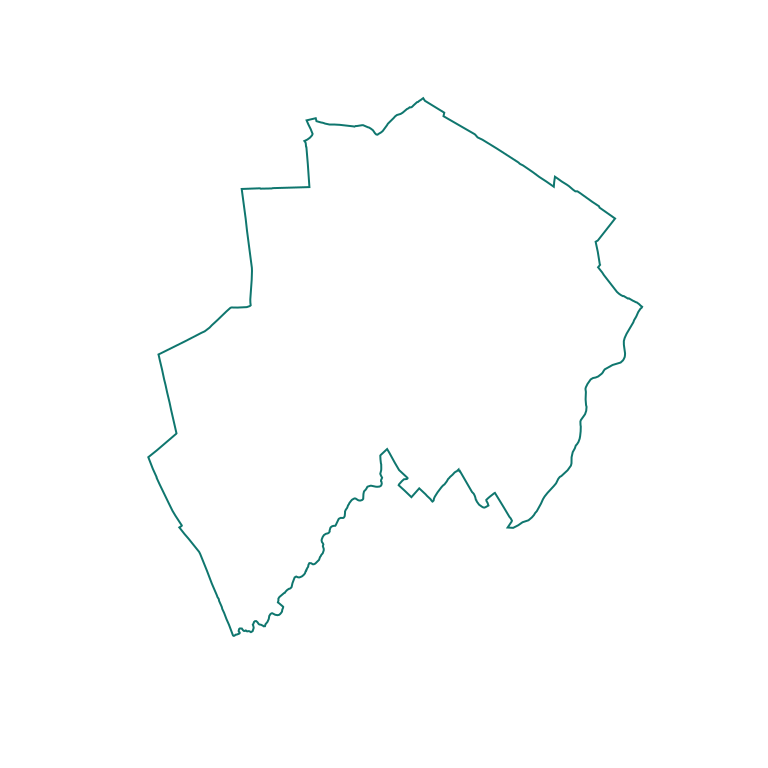 Ratesti, Arges, Romania, rotated 107°
{"feature_id": "2599482B71103807333255", "entity_name": "Ratesti", "entity_type": "district", "adm_level": 2, "iso_a3": "ROU", "parent_name": "Romania", "parent_adm1": "Arges", "projection": "equal_earth", "projection_center": [25.172, 44.71], "detail": "fine", "context": "isolated", "style": "outline", "palette": "teal", "viewbox_px": 768, "rotation_deg": 107, "n_neighbors": 0, "source": "geoboundaries", "source_scale": "gbopen_adm2", "svg_char_len": 6141}
<svg xmlns="http://www.w3.org/2000/svg" viewBox="0 0 768 768"><g transform="rotate(107 384 384)"><path d="M421.7,608.3L422.8,607.6L426.7,605.4L435.2,600.4L443.7,595.7L448.7,592.7L455.5,588.9L464.5,583.6L470.5,580.3L491.9,568.0L492.4,568.2L513.8,581.8L522.9,588.0L532.8,580.2L539.7,574.1L540.1,574.1L545.6,569.2L560.6,555.3L567.1,549.2L570.9,545.0L578.4,536.0L578.8,536.0L579.5,536.5L581.0,537.8L585.8,530.9L589.0,525.8L598.6,511.7L600.4,510.0L614.5,498.6L625.2,490.3L635.0,482.0L636.4,481.0L637.9,479.2L639.6,478.3L644.7,473.9L646.4,472.9L649.6,470.0L654.9,465.9L659.5,461.9L668.1,455.3L668.6,454.9L668.8,454.0L668.7,453.8L668.0,453.1L667.7,453.0L666.9,452.3L666.8,451.7L666.6,451.4L666.1,450.9L665.6,450.1L664.8,449.3L664.5,449.2L663.8,449.4L663.3,450.4L662.7,450.8L660.7,450.9L660.0,450.5L659.7,449.7L659.7,449.2L659.4,448.5L660.7,446.8L661.1,445.7L660.8,444.7L660.2,444.4L660.1,443.9L660.6,442.6L660.4,442.2L659.9,441.2L659.8,440.4L660.2,438.7L658.8,437.4L655.7,437.3L655.1,437.4L653.5,438.3L652.5,439.1L651.5,438.8L649.5,438.7L648.5,438.0L648.1,436.8L648.9,435.2L650.0,433.9L650.4,432.9L650.2,431.3L650.6,428.8L650.9,428.3L650.4,427.0L648.5,427.1L645.6,425.9L642.4,425.5L639.3,425.9L637.2,425.3L636.2,424.5L635.9,423.8L636.5,420.6L636.2,418.2L635.4,416.8L634.4,416.1L632.8,415.4L631.4,415.0L629.7,415.3L627.4,415.1L626.5,415.3L624.2,420.6L623.9,421.6L621.7,421.7L620.4,422.2L619.9,422.2L618.2,421.7L614.0,419.0L613.3,418.6L612.7,417.8L611.5,417.5L609.5,416.5L607.7,415.1L607.4,414.4L606.5,413.6L605.2,413.0L601.2,413.3L595.1,412.9L593.8,411.7L594.0,409.7L593.8,408.6L593.0,407.4L591.7,406.0L589.5,404.7L588.0,404.2L586.5,404.2L584.9,404.0L585.0,403.8L582.6,403.6L580.9,403.1L579.1,403.4L577.1,403.0L576.7,401.3L577.2,399.4L576.9,398.4L575.8,397.2L571.1,394.7L568.2,394.6L567.2,394.2L565.8,394.0L563.8,393.1L560.8,393.0L559.3,393.4L556.9,395.1L555.1,395.1L554.2,395.9L553.2,397.2L551.7,398.0L550.6,398.1L548.2,397.9L546.1,397.3L544.5,396.0L544.0,395.4L543.6,394.6L543.1,393.9L542.4,393.3L541.0,392.8L540.0,393.2L537.0,393.2L536.2,392.8L535.1,391.9L534.3,390.5L533.8,389.1L533.2,388.9L526.4,387.9L525.9,387.6L524.7,386.3L524.1,384.0L523.7,383.5L523.0,383.2L522.2,383.0L521.6,383.0L518.6,383.6L517.3,384.0L515.5,383.8L513.1,383.0L510.5,382.9L509.6,382.5L508.0,382.3L505.0,381.2L504.0,380.7L502.5,379.3L501.9,378.4L501.9,377.4L502.6,375.1L502.7,374.2L502.6,373.4L502.3,372.4L501.4,371.1L500.9,370.7L499.9,370.3L495.2,371.5L492.8,371.7L491.8,371.4L490.9,370.8L490.2,370.6L489.2,370.2L487.7,370.0L487.0,369.7L485.3,367.3L485.0,366.3L484.6,361.8L484.3,360.5L483.4,358.3L482.4,357.3L481.5,357.0L480.0,357.0L478.3,357.8L477.9,358.4L476.9,358.7L474.2,358.4L472.6,360.0L471.0,361.3L467.2,361.5L465.3,362.0L461.6,363.2L460.9,363.7L457.2,365.3L453.6,366.6L452.9,366.4L445.3,362.0L448.3,358.7L456.0,350.8L461.9,344.4L466.9,334.1L467.4,333.9L468.2,334.4L469.3,337.1L471.7,338.5L475.6,340.3L476.5,340.4L479.9,333.2L484.2,324.7L473.5,319.8L477.3,312.0L478.4,310.2L480.5,305.9L481.6,304.5L482.3,303.3L482.1,303.1L480.9,302.5L479.4,302.7L477.7,302.6L476.3,302.3L471.9,301.1L465.9,298.9L463.8,297.9L462.3,296.8L458.8,295.5L456.1,294.9L454.9,294.2L453.6,293.7L450.7,291.9L448.1,290.7L446.9,289.8L446.3,289.0L444.0,287.7L444.4,287.5L445.2,286.7L445.6,285.9L445.2,285.8L461.5,268.3L462.7,266.1L464.3,264.6L465.8,263.5L467.9,262.3L468.2,261.6L468.9,261.3L468.8,261.5L471.6,257.8L472.7,254.5L473.0,253.1L472.9,252.0L472.2,251.0L469.7,248.6L467.4,250.2L465.8,251.9L464.9,252.3L462.8,251.1L460.9,249.9L456.3,246.7L455.7,246.1L462.5,238.4L467.4,232.9L474.4,225.2L475.4,223.6L477.3,221.7L478.2,221.7L485.1,223.8L483.8,218.4L479.8,214.3L475.7,211.1L472.1,206.0L468.4,203.6L465.5,202.3L463.1,201.7L461.0,200.7L452.5,198.9L447.7,198.3L444.6,197.5L440.3,195.8L432.0,191.8L428.7,190.4L423.7,189.6L421.4,188.7L420.2,187.5L412.8,183.2L407.4,181.4L405.1,181.5L399.2,183.2L394.0,183.6L389.8,182.7L386.8,182.6L385.1,181.8L382.6,181.1L379.1,180.9L376.5,181.2L371.8,182.1L367.1,183.4L365.7,184.1L362.5,185.2L361.0,185.2L354.1,182.9L350.5,182.8L346.7,183.6L345.1,184.6L339.8,186.7L332.6,188.6L329.8,189.9L328.2,190.0L324.4,189.4L319.2,187.7L317.2,185.9L315.9,183.5L314.2,181.4L310.5,178.8L308.9,178.1L308.0,178.0L305.5,177.2L299.0,171.0L294.3,164.0L291.6,162.4L290.1,162.0L287.9,161.7L286.4,161.9L284.3,162.4L276.3,166.1L272.8,167.2L269.6,167.3L265.0,166.7L252.1,163.6L249.9,163.5L245.8,162.5L240.8,161.9L237.1,160.8L235.7,159.9L234.7,159.7L234.0,161.6L233.1,163.2L232.1,166.0L232.1,167.4L231.8,168.6L231.6,170.2L230.5,174.9L231.0,175.6L229.8,180.5L230.1,181.3L229.7,183.4L229.0,185.6L227.8,188.2L215.6,205.5L213.5,208.0L209.8,213.4L206.9,212.2L206.5,212.6L195.1,218.2L186.1,223.2L184.3,221.5L158.2,211.4L152.3,229.5L151.2,230.3L148.9,238.1L144.0,252.6L143.2,255.3L143.8,257.4L142.9,260.0L140.7,265.0L139.9,267.5L138.4,273.2L136.8,277.9L135.8,281.1L141.1,280.3L145.7,279.3L142.9,288.0L140.6,296.0L137.9,303.6L134.3,315.1L133.9,317.6L133.6,318.8L132.9,320.0L125.8,345.1L121.6,361.3L120.8,366.6L119.1,369.3L118.6,370.3L110.5,405.4L106.9,405.7L101.2,427.7L99.2,430.1L101.9,432.1L102.7,432.9L104.4,434.0L104.8,434.8L109.0,437.3L110.4,438.0L111.2,438.6L111.7,439.4L111.9,440.4L113.2,441.2L114.4,442.5L119.1,445.5L120.9,447.1L123.0,450.3L124.8,451.6L126.8,452.5L134.0,456.4L135.7,456.8L142.5,459.2L144.3,460.4L146.7,462.6L147.4,463.0L147.6,463.5L147.6,464.5L146.8,466.0L145.0,468.2L144.5,468.9L143.6,471.4L143.1,473.5L143.2,474.3L142.6,479.6L143.0,480.8L145.2,485.3L145.7,486.7L146.5,487.5L146.6,488.7L149.1,502.1L150.5,507.8L151.8,512.0L152.2,516.7L152.1,517.5L152.1,519.3L152.3,520.5L152.4,525.4L149.8,527.0L154.5,535.1L157.8,532.3L161.6,528.7L165.7,525.4L167.1,525.5L168.1,525.9L170.2,526.9L172.7,528.8L174.9,531.2L175.5,530.4L175.8,529.8L177.0,529.1L179.9,527.9L180.1,527.5L196.1,521.1L217.5,512.9L229.2,547.6L229.8,548.5L233.3,559.2L233.1,559.8L239.1,577.1L266.4,564.6L277.3,559.9L311.6,544.3L314.5,543.3L323.0,541.0L342.2,536.6L345.2,535.6L347.7,534.5L348.3,534.8L349.0,535.5L350.6,537.7L353.8,546.6L355.4,552.2L356.0,553.1L360.8,556.0L371.8,562.1L378.1,565.8L381.1,567.3L386.1,570.9L388.4,573.5L401.0,586.4L421.7,608.3Z" fill="none" stroke="#0f766e" stroke-width="2"/></g></svg>